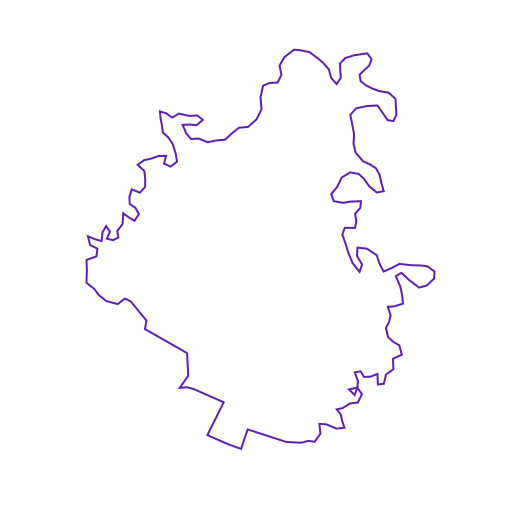 the district of Paraíso, Santa Catarina, Brazil, rotated 168°
{"feature_id": "56859067B88081254239904", "entity_name": "Paraíso", "entity_type": "district", "adm_level": 2, "iso_a3": "BRA", "parent_name": "Brazil", "parent_adm1": "Santa Catarina", "projection": "mercator", "projection_center": [-53.691, -26.665], "detail": "fine", "context": "isolated", "style": "outline", "palette": "violet", "viewbox_px": 512, "rotation_deg": 168, "n_neighbors": 0, "source": "geoboundaries", "source_scale": "gbopen_adm2", "svg_char_len": 2774}
<svg xmlns="http://www.w3.org/2000/svg" viewBox="0 0 512 512"><g transform="rotate(168 256 256)"><path d="M416.3,310.2L416.0,301.2L409.6,296.2L412.1,288.8L422.6,287.4L424.4,277.1L427.4,265.1L421.1,257.5L417.9,250.5L411.8,243.1L401.3,237.7L393.1,241.6L388.0,237.7L376.6,215.6L379.8,207.6L343.6,175.3L347.2,152.9L358.0,142.9L350.9,142.0L345.0,139.1L318.0,119.6L340.8,90.9L326.5,80.6L321.4,77.0L310.7,70.4L300.2,88.1L265.1,67.8L250.5,63.9L243.2,64.3L237.2,62.1L229.9,68.9L228.9,78.6L222.0,76.6L213.1,70.4L205.2,69.6L206.0,76.6L206.0,83.4L209.0,89.2L202.9,89.2L194.7,92.2L186.8,91.5L181.1,99.0L184.3,106.1L182.3,112.1L183.5,121.7L177.6,121.4L175.6,115.3L169.0,114.2L161.7,115.4L163.5,105.1L157.6,104.4L153.5,113.0L145.2,116.7L143.3,127.1L133.9,129.1L134.4,138.8L139.4,143.4L143.6,149.0L143.9,158.6L139.6,163.7L136.7,169.9L137.6,178.9L130.5,178.0L122.1,178.9L121.2,187.0L121.2,195.9L123.4,207.2L117.3,209.3L111.3,200.8L103.1,191.2L95.1,191.6L86.6,196.8L84.6,203.7L90.6,210.4L97.3,212.6L106.8,214.9L117.3,218.5L125.9,216.0L134.4,214.3L136.7,222.4L137.8,231.7L146.1,240.2L155.0,243.1L157.2,234.8L154.0,225.7L158.0,219.0L162.9,228.8L164.9,238.9L165.9,249.8L167.1,259.0L163.3,265.1L153.2,262.9L150.7,269.0L150.3,276.7L143.9,281.4L142.0,287.8L152.5,289.6L159.8,289.9L168.6,293.5L169.6,300.9L162.3,306.6L155.8,315.0L146.5,318.2L138.6,315.0L134.5,309.4L130.7,300.5L124.6,293.0L117.6,292.8L118.2,302.3L118.3,310.1L120.4,316.8L124.9,321.4L131.5,326.4L137.0,336.3L137.3,345.3L134.7,355.1L134.5,365.8L134.4,374.4L127.2,379.7L116.3,379.6L105.8,378.0L102.1,369.1L99.2,361.6L93.5,359.4L89.4,364.8L88.2,372.3L86.9,380.7L92.3,388.2L101.5,391.8L107.8,395.9L113.1,400.2L117.3,405.2L117.0,411.7L111.0,415.6L105.8,418.6L102.1,424.4L105.0,431.1L111.0,431.5L118.6,431.9L127.5,431.1L133.8,426.8L135.1,419.7L136.0,412.7L141.4,407.4L145.5,414.7L145.9,423.3L150.3,431.2L155.0,437.2L161.3,444.3L169.3,447.8L175.9,449.9L186.8,444.6L193.4,437.4L193.4,428.0L198.7,421.2L207.0,422.4L213.7,421.1L218.5,410.5L220.1,398.4L227.0,389.6L236.9,383.9L246.1,385.0L253.3,381.4L262.1,376.2L271.1,377.3L279.7,377.3L287.6,382.8L295.2,383.9L298.7,390.3L300.5,399.5L293.6,398.4L286.9,396.3L279.7,400.2L284.1,405.6L292.4,407.0L301.8,411.3L309.1,408.8L314.2,414.2L319.9,417.4L320.8,410.5L320.8,403.8L321.4,396.1L317.0,390.0L314.1,382.5L313.3,373.2L313.6,364.7L320.9,361.2L326.8,365.5L323.1,372.6L330.4,374.1L339.0,373.0L345.6,373.0L352.8,369.8L347.5,362.3L348.5,353.5L350.1,346.7L356.4,342.1L363.7,347.0L367.5,340.2L368.7,333.1L364.0,328.2L361.8,321.4L367.5,315.7L372.6,320.4L377.0,325.4L379.8,315.0L386.5,309.4L386.8,302.6L392.6,301.2L398.3,304.0L393.8,310.2L396.4,316.4L401.3,310.9L403.9,302.7L409.9,305.9L416.3,310.2ZM184.3,106.1L188.4,99.4L192.8,106.2L184.3,106.1Z" fill="none" stroke="#5b21b6" stroke-width="2"/></g></svg>